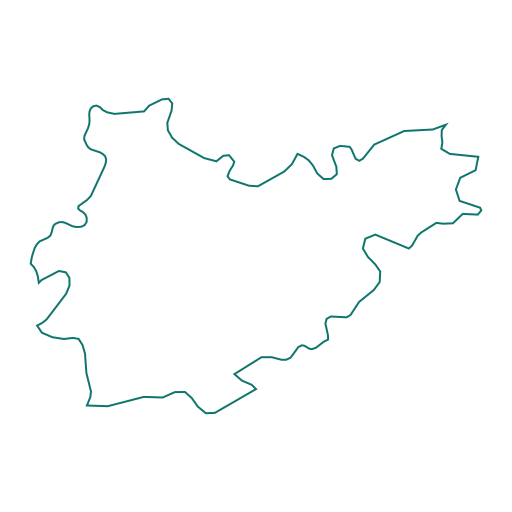 the border of Tarn-et-Garonne
{"feature_id": "FRA-5347", "entity_name": "Tarn-et-Garonne", "entity_type": "Metropolitan department", "adm_level": 1, "iso_a3": "FRA", "parent_name": "France", "parent_adm1": "", "projection": "orthographic", "projection_center": [1.243, 44.083], "detail": "fine", "context": "isolated", "style": "outline", "palette": "teal", "viewbox_px": 512, "rotation_deg": 0, "n_neighbors": 0, "source": "natural_earth", "source_scale": "10m", "svg_char_len": 2278}
<svg xmlns="http://www.w3.org/2000/svg" viewBox="0 0 512 512"><path d="M481.3,210.4L477.8,214.6L462.7,213.9L452.9,223.3L443.2,223.7L436.3,222.9L421.2,232.5L417.7,235.7L412.0,245.7L408.8,248.5L375.3,234.6L365.3,238.7L362.9,248.5L367.9,256.9L375.3,264.4L380.2,271.5L379.7,282.0L373.8,290.0L359.1,301.9L350.5,315.0L346.7,317.3L330.8,316.5L326.6,318.9L325.4,323.6L327.9,334.9L328.1,339.6L323.9,341.6L316.0,347.7L311.8,349.2L309.2,348.6L304.3,345.7L301.9,345.3L298.3,347.1L290.5,357.8L285.9,359.8L281.2,359.7L271.8,357.2L261.5,357.2L234.4,374.1L241.9,380.6L251.7,384.8L256.0,389.1L214.8,412.9L205.8,413.2L197.8,406.6L191.8,398.1L185.0,392.0L174.9,392.1L162.7,397.5L143.7,396.9L107.7,406.2L86.9,405.5L90.3,397.2L91.0,391.5L86.4,373.1L85.0,353.5L82.5,345.0L78.6,338.9L72.9,337.9L64.0,339.0L52.3,337.2L41.9,332.7L37.1,325.6L42.1,323.0L46.7,319.3L66.2,293.7L69.5,285.6L69.4,277.8L65.8,272.3L58.9,271.0L41.6,280.0L38.8,282.8L37.9,276.7L36.3,271.3L33.9,267.1L30.7,263.7L31.7,257.9L32.4,255.0L34.8,247.8L36.9,244.3L39.6,241.4L47.5,237.9L50.4,235.6L51.9,231.7L52.5,228.6L53.5,225.7L55.1,224.0L59.1,222.2L62.6,222.1L65.9,223.1L72.1,226.1L75.5,226.9L78.8,227.0L82.0,226.5L84.8,224.9L86.6,222.0L86.7,217.8L85.4,214.5L82.9,212.1L80.0,210.4L78.2,208.7L78.5,206.1L86.9,200.1L90.9,195.9L104.7,166.2L105.8,162.8L106.1,159.5L105.2,156.3L102.9,154.1L100.1,152.4L90.8,149.3L88.4,147.5L86.7,145.0L84.1,139.2L84.5,135.8L88.0,128.2L89.1,124.7L89.5,121.6L89.5,118.3L89.2,114.9L89.5,111.6L90.7,108.5L93.2,106.3L96.4,105.6L100.2,107.3L102.5,109.9L107.1,112.3L114.4,113.9L144.1,111.4L148.8,106.1L148.9,105.8L161.9,99.4L168.6,98.8L172.2,103.4L171.6,110.5L167.3,122.9L167.9,130.3L172.1,137.7L178.7,143.9L204.2,158.1L216.4,161.3L223.3,155.8L229.0,155.2L234.3,161.7L233.0,165.5L229.6,170.9L227.5,176.2L229.9,179.4L248.9,185.7L257.9,186.3L284.3,171.5L291.9,164.2L297.5,153.9L303.8,156.8L308.8,160.4L313.0,165.6L317.2,173.4L323.6,179.1L331.3,178.8L336.8,174.2L336.4,166.9L332.0,155.2L333.8,148.4L340.1,145.9L349.6,146.8L351.5,149.4L355.6,158.8L359.3,160.8L363.0,158.6L374.2,144.6L404.2,131.0L432.8,129.5L445.9,124.7L441.8,130.0L441.6,136.2L442.4,142.6L441.3,148.8L449.8,153.9L478.3,156.8L475.6,170.2L460.2,177.8L455.9,189.5L459.6,200.9L480.1,207.7L481.3,210.4Z" fill="none" stroke="#0f766e" stroke-width="2"/></svg>